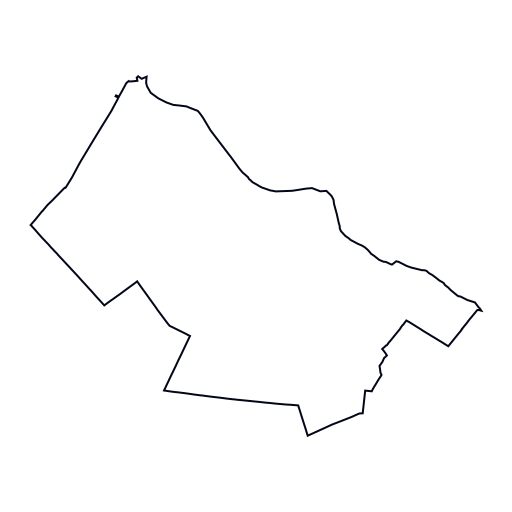 outline of Adunatii-Copaceni, Giurgiu, Romania
{"feature_id": "2599482B97048996480927", "entity_name": "Adunatii-Copaceni", "entity_type": "district", "adm_level": 2, "iso_a3": "ROU", "parent_name": "Romania", "parent_adm1": "Giurgiu", "projection": "orthographic", "projection_center": [26.057, 44.248], "detail": "fine", "context": "isolated", "style": "outline", "palette": "ink", "viewbox_px": 512, "rotation_deg": 0, "n_neighbors": 0, "source": "geoboundaries", "source_scale": "gbopen_adm2", "svg_char_len": 4614}
<svg xmlns="http://www.w3.org/2000/svg" viewBox="0 0 512 512"><path d="M307.7,435.7L309.2,435.0L322.6,428.9L332.0,424.6L350.7,417.3L351.9,416.8L355.0,415.4L358.6,413.8L359.9,413.4L361.2,413.4L362.7,413.3L365.2,390.6L371.7,391.3L371.8,391.3L372.2,390.4L372.6,389.5L374.2,386.7L375.6,384.5L378.2,380.1L381.3,375.4L381.5,374.9L381.3,374.5L380.7,373.3L380.6,372.9L380.3,371.4L380.2,370.1L379.5,365.9L380.2,365.0L382.4,361.9L383.4,359.6L384.1,358.0L385.3,357.0L386.7,355.6L386.9,355.4L386.1,354.2L385.2,352.8L383.6,350.7L382.2,349.0L384.7,346.8L386.2,345.4L386.7,345.2L387.0,345.1L387.4,344.7L387.6,344.4L387.9,343.7L388.5,342.9L391.2,339.8L394.9,335.2L400.4,328.5L400.5,328.0L402.2,325.6L403.2,324.7L404.7,322.6L406.0,321.0L406.3,320.5L408.1,321.5L409.3,322.1L412.0,323.8L415.2,325.8L421.8,329.9L422.4,330.4L425.7,332.4L428.2,333.9L431.1,335.7L434.8,337.9L438.5,340.2L441.9,342.2L443.9,343.5L447.6,345.8L448.3,346.2L454.0,339.2L454.2,338.9L456.5,336.1L458.2,334.0L459.1,332.9L460.3,331.5L460.8,330.9L461.1,330.6L461.3,330.2L461.4,329.8L461.7,329.5L462.0,329.1L462.3,328.8L462.3,328.7L462.2,328.6L463.0,327.7L465.0,325.2L465.5,324.6L465.7,324.4L467.0,322.8L467.9,321.5L469.7,319.2L471.9,316.6L474.7,313.2L476.9,310.5L477.4,310.0L478.4,310.0L480.0,310.3L480.4,310.5L480.9,310.6L481.3,310.7L480.6,309.6L479.5,308.1L478.8,307.5L478.1,306.6L475.0,302.5L474.9,302.4L471.4,301.3L467.3,300.0L465.0,298.8L462.0,297.3L460.4,296.5L459.8,296.4L458.4,296.2L457.4,295.6L454.2,293.0L450.5,289.9L448.2,287.5L446.2,286.0L445.0,285.1L443.8,283.2L442.6,282.3L439.5,280.6L435.9,277.7L432.1,274.9L428.9,273.1L426.8,271.1L425.3,270.4L423.4,270.2L422.0,270.2L417.1,269.0L411.4,267.6L406.3,265.8L403.9,264.5L398.7,261.9L396.2,261.3L392.0,264.6L390.5,264.1L385.8,261.9L383.5,261.7L379.1,259.8L374.2,255.9L371.0,253.7L369.8,252.1L367.7,249.8L364.7,247.2L361.8,245.5L357.8,243.8L354.3,241.9L350.7,240.0L348.7,238.2L345.4,236.0L340.9,231.1L339.8,228.5L339.7,226.2L338.5,221.9L336.9,214.5L334.1,204.2L333.5,199.8L331.7,196.2L329.9,194.3L326.4,190.9L320.3,191.3L312.0,188.1L306.3,188.6L292.2,190.8L275.9,191.4L270.8,190.5L270.2,190.4L269.1,190.0L263.6,188.1L261.9,187.5L261.1,187.1L260.5,186.8L258.3,185.5L255.2,183.7L254.5,183.3L252.4,182.1L250.6,180.3L249.0,179.0L248.0,177.2L242.6,172.5L239.4,168.7L230.3,156.2L229.6,155.4L214.2,135.2L210.5,130.3L202.8,117.4L199.6,113.0L197.8,110.9L196.8,110.5L195.5,110.0L189.8,107.8L186.4,106.4L179.2,105.5L173.3,104.9L166.3,102.4L158.4,98.4L150.7,92.8L147.0,86.3L146.1,82.6L146.6,76.7L141.7,78.8L138.1,76.3L136.7,77.7L137.1,79.2L137.4,80.8L133.8,81.2L131.4,81.4L129.9,81.5L128.8,81.2L128.7,81.1L126.3,83.1L125.3,85.0L122.6,90.0L119.1,96.3L118.9,96.7L116.1,95.4L115.6,96.3L118.3,97.6L117.7,99.1L113.5,106.9L111.4,110.9L103.0,124.5L102.0,126.1L92.6,141.5L80.8,161.1L78.5,165.2L72.0,177.4L65.7,187.6L65.5,187.8L65.3,187.7L65.2,187.7L64.8,187.7L64.3,188.1L60.3,192.2L56.2,196.4L52.8,199.9L51.9,200.8L47.7,204.8L46.5,206.2L43.1,210.3L42.5,211.0L42.0,211.4L39.7,214.2L37.1,217.4L35.6,219.3L33.5,221.7L31.8,223.7L30.7,225.0L31.0,225.2L31.7,226.1L32.9,227.4L35.0,229.7L38.2,233.4L40.2,235.7L41.5,237.1L42.4,238.1L44.5,240.3L46.0,241.9L46.8,242.7L48.8,244.8L50.2,246.5L50.4,246.7L51.7,248.1L52.9,249.3L53.8,250.3L54.3,250.9L55.0,251.6L56.7,253.3L58.4,255.3L62.9,260.1L66.9,264.4L71.0,268.8L76.1,274.3L77.2,275.5L79.2,277.7L79.4,278.0L79.9,278.5L81.0,279.7L82.3,281.2L84.3,283.3L86.3,285.5L88.8,288.3L91.6,291.3L96.0,296.3L100.5,301.2L104.3,305.4L107.2,303.2L110.2,301.0L113.4,298.8L116.3,296.7L117.5,295.8L117.7,295.7L118.2,295.4L124.0,291.1L130.8,286.1L134.8,283.2L137.1,281.4L137.2,281.6L137.6,282.0L140.9,286.7L144.3,291.4L146.5,294.4L149.9,299.2L155.2,306.5L157.2,309.4L157.3,309.6L158.4,311.1L162.0,315.9L166.3,321.7L167.7,323.5L168.1,324.0L169.0,325.0L169.4,325.6L169.5,325.7L169.7,325.9L170.2,326.1L172.9,327.4L178.5,330.2L185.0,333.4L190.0,336.0L188.7,338.7L186.5,343.3L183.4,349.8L181.0,354.9L178.2,360.6L175.8,365.8L172.6,372.5L171.7,374.3L171.4,374.9L169.9,378.1L168.3,381.5L167.0,384.2L166.3,385.7L165.3,387.9L164.0,390.5L164.4,390.6L165.7,390.7L167.3,391.0L171.5,391.6L175.5,392.1L176.8,392.2L178.0,392.3L178.9,392.5L179.1,392.5L181.0,392.7L185.7,393.3L192.0,394.2L193.3,394.4L194.7,394.6L197.1,394.9L200.9,395.4L201.1,395.4L201.6,395.4L205.2,395.9L211.3,396.7L220.1,397.7L227.0,398.6L233.0,399.3L233.7,399.3L236.7,399.7L241.0,400.1L248.1,400.8L256.0,401.6L259.2,401.9L259.3,401.9L264.3,402.5L270.0,403.0L275.5,403.6L285.8,404.5L290.9,404.8L298.2,405.4L299.6,409.9L302.5,419.2L303.6,422.6L305.0,427.0L305.9,429.8L307.2,434.1L307.3,434.4L307.7,435.7Z" fill="none" stroke="#020617" stroke-width="2"/></svg>